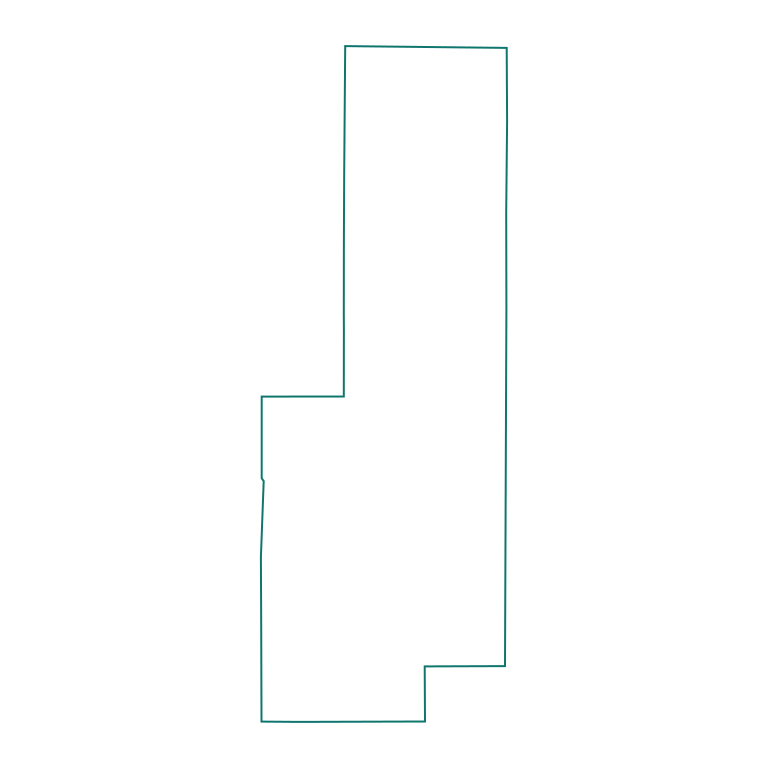 the district of Sunflower, Mississippi, United States of America
{"feature_id": "52423323B98267290722512", "entity_name": "Sunflower", "entity_type": "district", "adm_level": 2, "iso_a3": "USA", "parent_name": "United States of America", "parent_adm1": "Mississippi", "projection": "mercator", "projection_center": [-90.648, 33.629], "detail": "fine", "context": "isolated", "style": "outline", "palette": "teal", "viewbox_px": 768, "rotation_deg": 0, "n_neighbors": 0, "source": "geoboundaries", "source_scale": "gbopen_adm2", "svg_char_len": 401}
<svg xmlns="http://www.w3.org/2000/svg" viewBox="0 0 768 768"><path d="M261.7,478.3L263.7,481.1L260.9,557.0L261.2,625.5L261.5,721.6L298.7,721.9L425.0,721.5L424.7,666.4L505.0,666.1L506.4,309.5L506.2,212.6L507.1,120.7L506.7,47.9L345.2,46.1L344.2,173.3L343.9,238.2L343.8,313.8L343.9,327.9L343.8,396.5L261.7,396.6L261.7,412.1L261.7,451.6L261.7,478.3Z" fill="none" stroke="#0f766e" stroke-width="2"/></svg>